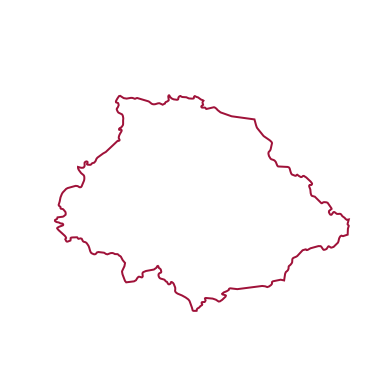 the Region of Poltava, rotated 161°
{"feature_id": "UKR-330", "entity_name": "Poltava", "entity_type": "Region", "adm_level": 1, "iso_a3": "UKR", "parent_name": "Ukraine", "parent_adm1": "", "projection": "albers", "projection_center": [33.89, 49.646], "detail": "fine", "context": "isolated", "style": "outline", "palette": "rose", "viewbox_px": 384, "rotation_deg": 161, "n_neighbors": 0, "source": "natural_earth", "source_scale": "10m", "svg_char_len": 5986}
<svg xmlns="http://www.w3.org/2000/svg" viewBox="0 0 384 384"><g transform="rotate(161 192 192)"><path d="M106.4,100.9L113.3,97.2L114.6,96.9L117.5,96.7L118.3,96.4L118.7,96.1L119.1,95.6L120.1,93.1L121.0,92.1L122.8,91.0L124.3,90.5L124.7,90.2L125.0,89.8L125.6,88.3L126.4,87.2L127.4,86.5L129.4,85.7L130.6,84.3L133.7,78.4L136.7,80.2L144.4,81.2L145.4,81.0L145.9,80.3L146.2,79.4L146.7,78.8L147.6,78.3L149.9,77.6L151.8,77.6L153.5,79.0L156.2,80.3L180.8,85.4L187.0,88.4L187.8,88.5L188.4,88.4L189.2,87.4L191.4,86.9L194.8,86.7L196.7,85.9L196.7,85.5L196.4,85.1L193.9,83.5L193.7,83.0L193.9,82.7L194.4,82.1L198.6,80.2L201.3,79.5L202.5,79.8L204.5,82.4L207.2,84.5L213.4,87.3L214.0,87.3L214.4,87.2L214.5,86.7L214.4,85.4L214.5,85.0L215.2,84.3L215.9,83.9L218.3,84.6L218.7,84.4L219.0,84.1L219.1,83.6L218.9,82.6L219.0,82.2L219.4,81.8L221.1,81.4L222.9,80.4L224.6,80.1L225.3,79.7L225.8,79.2L226.2,78.2L226.7,78.2L229.4,79.2L229.9,79.8L229.7,82.8L229.8,89.2L229.9,90.1L230.5,91.7L232.4,94.4L235.2,97.5L238.7,100.6L239.7,101.9L240.2,103.1L240.2,104.0L239.4,105.7L239.0,107.2L239.2,111.0L239.4,111.9L239.6,112.3L240.5,113.5L241.0,113.6L241.4,113.5L241.9,112.6L242.3,112.3L243.3,112.1L244.2,112.4L244.6,113.1L244.9,115.0L245.1,115.4L245.9,116.1L246.4,117.6L246.9,118.3L249.9,120.4L250.5,121.1L250.8,121.9L250.9,122.7L250.9,123.7L250.6,124.7L250.3,125.2L249.3,125.8L247.5,126.0L247.2,126.3L247.0,126.7L246.8,128.3L246.8,128.9L247.0,129.6L248.0,131.0L248.1,131.5L248.0,132.6L248.3,133.2L248.9,133.2L250.5,131.9L253.3,131.1L261.3,132.3L264.2,132.1L264.9,131.7L265.4,131.0L266.0,128.4L266.4,127.9L267.0,127.6L267.5,127.7L269.3,129.0L269.8,129.2L270.3,129.2L271.8,128.4L273.7,126.8L275.9,126.4L283.6,128.0L284.3,129.8L284.5,136.8L284.1,139.5L283.6,140.2L280.0,143.9L278.4,146.7L279.7,150.1L280.3,154.0L280.7,154.7L281.5,155.5L282.3,157.1L282.7,157.5L285.1,158.4L286.2,159.6L287.3,160.3L288.9,160.7L292.2,160.6L293.4,161.3L294.9,163.2L300.0,165.7L301.5,165.8L302.9,164.9L303.7,164.7L304.7,164.9L305.2,165.2L306.6,166.5L307.3,167.6L307.5,169.4L307.3,173.0L307.4,174.9L308.1,177.5L308.4,178.3L309.1,179.2L310.7,180.3L311.0,180.8L311.2,181.2L311.5,183.7L312.4,184.4L314.6,184.7L314.9,185.1L315.2,186.2L315.4,186.6L320.0,188.0L321.1,188.2L321.8,187.9L322.3,186.4L322.8,185.7L325.8,185.6L326.4,185.8L326.7,186.1L326.9,186.5L327.2,188.6L326.0,189.5L326.0,190.3L326.5,192.0L330.3,198.9L331.1,200.6L331.3,201.7L330.6,202.1L328.9,202.4L325.0,202.5L324.6,202.7L324.4,203.0L324.5,203.9L324.8,204.3L326.5,205.1L327.9,206.6L329.7,207.6L330.6,208.5L331.0,209.3L330.9,209.6L330.6,210.1L330.2,210.2L328.4,210.5L327.4,211.8L322.2,210.7L321.3,210.8L318.9,211.7L318.3,213.1L318.2,214.5L319.3,217.3L319.7,217.9L321.4,218.9L321.6,219.7L321.3,220.3L321.3,220.9L322.2,222.2L322.3,222.7L322.3,223.2L320.2,226.1L318.1,229.7L315.7,232.5L314.4,233.6L310.0,235.9L308.3,236.2L300.1,235.7L298.7,235.1L297.7,234.3L297.0,233.3L296.3,232.9L295.4,232.8L294.6,233.2L290.4,237.9L289.7,239.1L289.2,240.3L288.9,241.5L288.8,242.2L289.0,243.2L290.7,246.0L291.8,249.5L292.0,251.0L291.9,252.0L291.6,252.8L289.1,251.1L288.2,250.7L286.7,250.4L285.7,250.9L285.0,251.7L284.3,254.0L283.9,254.8L282.9,255.3L281.9,255.3L281.1,254.7L281.0,254.3L281.3,253.5L282.2,252.7L282.2,252.3L281.6,251.7L279.3,250.8L278.8,250.8L277.0,251.7L274.9,251.6L273.2,252.6L271.5,254.5L270.2,255.3L263.4,257.4L260.5,257.9L245.6,264.6L244.7,264.2L243.8,264.4L243.5,265.0L243.7,266.8L243.4,267.7L242.3,269.3L241.1,270.5L239.0,272.3L238.5,273.0L238.4,273.4L238.7,274.1L240.5,274.4L240.6,274.8L240.5,275.3L239.6,275.9L238.5,276.0L237.0,276.6L235.5,277.8L235.0,278.7L233.8,282.2L233.0,284.0L232.8,285.0L232.6,286.6L232.8,288.0L233.0,288.3L235.7,291.0L236.1,292.2L236.3,294.5L235.8,295.5L234.8,296.0L233.1,297.9L233.0,298.3L232.9,299.7L233.0,300.2L234.6,301.5L234.5,302.3L234.0,303.0L232.1,304.7L229.8,306.4L228.6,306.3L226.0,303.0L223.4,301.6L219.1,300.9L217.6,300.3L215.6,298.7L213.8,298.8L213.2,298.7L203.8,292.0L203.1,291.3L201.5,288.7L200.8,288.0L199.5,287.3L198.1,287.0L195.2,286.9L193.8,286.5L191.3,284.1L188.7,284.5L188.5,284.9L188.0,285.3L187.3,285.6L185.7,285.7L184.3,286.2L183.9,287.1L183.4,289.9L183.1,290.4L182.6,290.9L182.2,290.9L182.0,290.6L181.7,288.9L180.7,287.0L179.2,285.6L176.2,284.1L175.4,284.0L174.9,284.2L174.0,285.8L173.1,286.4L172.1,286.6L171.6,286.5L171.0,285.6L170.1,284.9L166.5,283.4L164.5,281.5L161.9,280.4L160.7,280.0L159.9,280.0L159.0,281.4L158.3,281.8L158.0,281.7L156.9,280.5L155.5,279.5L153.4,276.5L151.8,275.2L151.4,274.6L152.6,273.7L153.0,273.0L153.1,270.8L154.7,270.3L155.3,269.9L155.4,269.1L155.0,268.5L152.3,267.6L151.9,267.1L151.6,266.0L151.3,265.8L143.6,265.0L142.6,264.1L141.7,262.6L141.1,261.1L139.1,258.0L129.9,250.7L109.3,240.3L109.7,234.3L109.7,232.1L109.5,231.1L106.2,221.9L105.8,221.2L102.1,216.2L101.3,215.0L100.6,213.6L100.4,212.8L100.4,212.2L103.8,206.7L104.7,205.8L106.5,204.8L107.0,204.0L107.3,203.3L107.5,201.0L106.9,198.1L106.4,197.2L104.3,195.6L103.6,194.7L103.0,193.1L102.8,189.5L102.6,188.7L102.2,188.1L93.3,184.5L92.3,183.6L92.0,182.5L92.2,179.3L92.2,177.1L91.7,175.9L89.1,173.7L88.3,173.6L87.6,174.0L86.9,174.1L85.5,172.1L84.1,170.6L83.3,170.5L81.8,171.0L81.0,170.8L79.2,168.5L76.4,163.2L75.7,161.0L76.1,160.2L76.8,159.8L78.4,160.3L79.0,160.0L79.3,159.5L79.4,158.8L79.3,155.9L80.2,152.1L80.2,150.1L80.0,149.5L79.6,149.1L77.4,147.6L73.3,139.3L72.5,139.1L71.3,139.5L70.4,139.4L68.5,138.6L67.3,137.7L65.5,131.4L65.5,130.6L68.5,129.5L68.8,129.0L69.1,128.4L69.0,126.9L68.7,125.8L68.2,125.3L67.5,125.1L64.8,126.9L63.8,126.6L62.3,124.3L61.1,123.7L59.4,123.3L58.9,123.0L58.3,122.3L57.7,120.2L56.1,117.9L55.6,116.6L54.7,115.3L52.7,115.0L55.1,111.5L55.4,110.8L54.8,109.1L54.9,108.8L56.5,106.6L58.7,101.0L63.6,101.1L65.0,102.1L66.2,101.8L67.1,101.1L68.0,100.2L69.7,97.5L70.5,96.6L76.0,94.0L78.0,94.0L78.6,94.1L80.2,96.0L80.5,96.2L81.0,96.1L83.4,94.3L85.2,94.2L86.2,94.4L86.7,95.0L87.5,98.0L88.0,98.9L90.1,99.7L98.3,100.2L101.5,99.6L102.3,99.7L102.7,99.9L103.0,100.7L103.4,100.8L106.4,100.9Z" fill="none" stroke="#9f1239" stroke-width="2"/></g></svg>